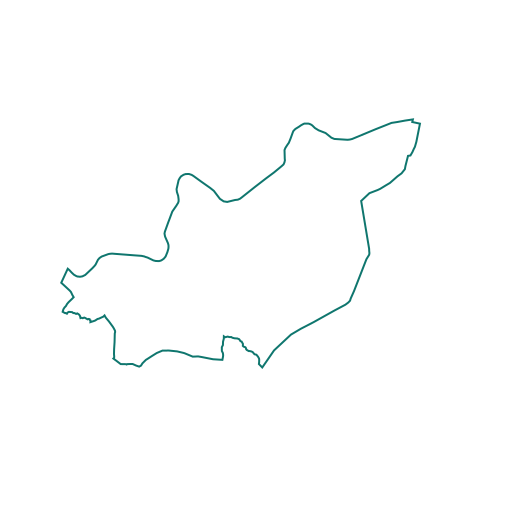 outline of Asokore Mampong Municipal, Ashanti, Ghana, rotated 159°
{"feature_id": "2480657B67032672358324", "entity_name": "Asokore Mampong Municipal", "entity_type": "district", "adm_level": 2, "iso_a3": "GHA", "parent_name": "Ghana", "parent_adm1": "Ashanti", "projection": "mercator", "projection_center": [-1.562, 6.712], "detail": "fine", "context": "isolated", "style": "outline", "palette": "teal", "viewbox_px": 512, "rotation_deg": 159, "n_neighbors": 0, "source": "geoboundaries", "source_scale": "gbopen_adm2", "svg_char_len": 3448}
<svg xmlns="http://www.w3.org/2000/svg" viewBox="0 0 512 512"><g transform="rotate(159 256 256)"><path d="M290.1,149.7L281.3,155.7L273.0,161.4L251.5,170.1L240.2,172.0L225.9,173.6L202.2,177.0L190.0,178.5L186.5,179.5L184.2,180.6L182.9,182.3L177.1,188.1L154.1,213.4L149.9,216.6L149.1,218.0L148.5,220.2L147.8,222.2L138.1,269.7L127.6,274.0L118.7,274.0L116.0,274.2L109.5,275.4L104.8,276.2L95.3,279.7L90.5,281.0L85.9,283.7L84.2,286.5L78.2,295.0L75.8,294.5L72.7,297.0L70.4,299.3L68.5,301.0L65.4,305.1L55.5,320.8L62.1,325.1L60.6,327.3L68.3,329.0L76.3,330.5L81.8,331.7L89.0,331.6L98.7,331.5L124.3,330.8L126.7,331.1L128.9,331.7L140.9,337.2L143.2,339.4L147.0,345.9L152.5,350.9L155.1,354.3L156.7,357.8L157.8,359.3L159.4,360.7L163.4,362.3L165.0,362.2L167.1,361.9L169.5,361.3L173.7,360.5L174.8,360.0L176.3,359.3L177.2,358.4L181.6,353.3L184.8,349.9L186.5,348.8L189.8,346.4L191.4,344.7L194.3,336.5L194.7,335.0L195.9,333.2L197.5,331.6L199.6,330.8L202.2,329.9L209.4,327.5L218.7,324.9L232.4,320.8L248.3,315.8L250.4,315.2L252.8,315.1L255.5,315.8L263.5,316.8L266.6,318.6L269.2,322.3L270.5,326.7L272.0,331.9L274.4,336.0L280.3,344.8L285.7,353.1L287.0,354.8L289.2,356.6L292.3,357.7L294.5,357.8L297.5,357.2L299.5,355.9L301.2,354.4L301.9,353.3L306.2,346.9L306.9,344.1L307.1,340.1L307.9,336.8L308.6,334.9L309.7,333.5L310.8,332.7L312.2,331.6L318.2,327.5L324.3,320.6L325.4,319.4L332.4,311.3L333.4,309.7L333.9,306.9L333.9,306.1L333.6,299.5L333.8,297.6L334.4,295.8L335.2,294.2L337.4,291.3L340.6,287.9L343.1,286.5L345.1,286.0L346.5,285.8L348.4,286.0L351.4,287.3L352.3,287.9L353.4,288.7L357.8,293.4L359.7,294.9L360.4,295.6L362.9,297.2L371.2,301.1L389.5,309.8L391.2,310.3L391.5,310.4L393.2,310.7L400.3,310.8L402.8,310.2L404.9,309.1L408.8,305.5L410.3,304.6L413.2,303.2L422.2,299.5L424.4,299.3L425.3,299.2L427.8,299.7L429.3,300.5L430.0,300.8L431.0,301.7L432.7,303.8L434.0,306.5L435.2,309.5L436.3,311.6L447.4,300.8L442.4,290.7L441.7,288.9L441.6,288.0L441.5,286.7L441.4,285.3L441.0,282.9L443.1,281.9L447.4,280.1L447.8,279.9L449.6,278.9L451.4,277.4L453.3,276.5L455.0,275.2L456.5,273.2L454.8,271.2L454.2,271.0L453.2,269.9L452.2,270.7L450.7,270.9L449.9,270.5L447.8,269.5L447.0,268.2L446.1,267.9L445.3,267.1L444.7,266.4L444.3,266.4L443.5,266.5L442.6,265.4L442.1,264.5L441.8,263.2L442.1,260.9L440.9,260.8L440.0,260.0L438.5,260.1L437.8,259.5L435.9,257.2L435.0,257.3L434.0,256.7L434.1,255.8L433.6,255.2L434.3,253.6L430.6,253.4L429.2,253.4L426.5,254.0L425.2,253.8L422.3,254.0L420.3,254.1L418.7,254.8L418.3,252.2L416.7,247.5L415.0,241.2L414.7,239.5L414.4,236.9L414.7,235.6L415.6,234.3L418.9,226.3L421.8,220.0L423.7,215.4L424.4,213.0L424.9,211.9L425.9,211.4L421.8,204.8L421.1,203.6L415.9,201.5L415.7,201.1L414.5,201.1L409.9,199.4L407.1,196.6L404.7,194.6L402.6,194.9L400.5,196.5L396.0,198.5L394.3,198.8L389.1,199.9L383.4,201.0L377.2,201.2L371.1,198.9L363.8,195.2L358.4,191.5L357.5,190.8L351.1,184.7L346.0,183.0L343.0,181.2L333.1,175.0L324.6,171.1L322.9,173.8L322.2,175.2L321.7,177.2L321.9,179.6L320.6,183.1L318.8,184.7L317.5,187.8L315.7,190.3L314.8,192.5L313.9,191.2L311.3,190.9L310.0,189.9L308.1,189.2L307.4,188.2L305.6,186.9L303.9,186.1L303.0,185.7L301.5,184.3L301.0,182.0L300.1,181.3L299.7,178.6L300.5,176.8L300.0,175.8L298.6,174.6L298.4,173.6L298.6,172.4L298.3,172.0L298.3,171.6L297.2,170.3L296.9,169.9L296.1,169.6L294.6,168.6L293.6,167.6L292.6,164.8L291.0,163.7L290.2,161.3L289.9,159.2L290.2,158.0L291.1,155.8L292.0,154.1L290.1,149.7Z" fill="none" stroke="#0f766e" stroke-width="2"/></g></svg>